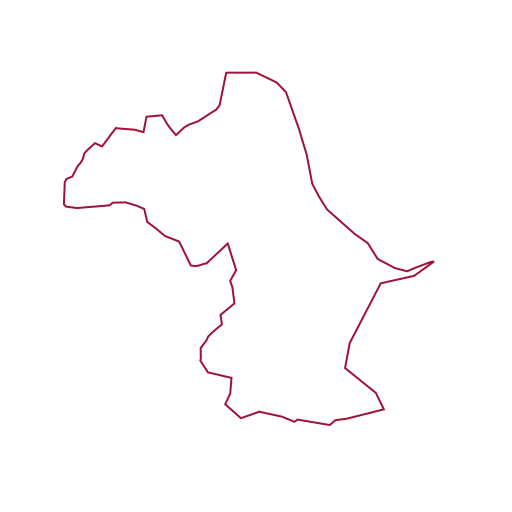 Uruan, Akwa Ibom, Nigeria, rotated 343°
{"feature_id": "59680162B72404517830917", "entity_name": "Uruan", "entity_type": "district", "adm_level": 2, "iso_a3": "NGA", "parent_name": "Nigeria", "parent_adm1": "Akwa Ibom", "projection": "orthographic", "projection_center": [8.031, 5.008], "detail": "fine", "context": "isolated", "style": "outline", "palette": "rose", "viewbox_px": 512, "rotation_deg": 343, "n_neighbors": 0, "source": "geoboundaries", "source_scale": "gbopen_adm2", "svg_char_len": 1375}
<svg xmlns="http://www.w3.org/2000/svg" viewBox="0 0 512 512"><g transform="rotate(343 256 256)"><path d="M172.2,339.8L176.1,353.4L176.8,353.7L196.9,365.4L191.2,379.9L183.2,388.8L194.2,406.7L213.2,405.9L213.3,405.7L234.1,417.4L244.3,425.8L247.9,424.6L258.3,429.8L277.1,439.2L284.0,436.2L294.7,438.1L333.4,440.0L330.6,422.0L308.4,389.2L320.2,366.6L367.3,318.6L401.5,321.2L424.6,313.3L421.5,312.8L405.8,313.8L405.4,313.8L405.2,313.8L396.0,314.8L385.2,308.1L371.5,294.4L366.6,276.3L356.7,263.6L337.5,232.2L333.7,217.9L330.9,203.5L334.1,174.0L334.2,146.8L333.4,127.3L333.3,125.8L332.6,108.2L326.5,96.1L309.8,80.7L281.1,72.0L265.3,101.1L260.8,104.4L253.3,106.4L247.1,108.3L239.5,110.3L229.9,110.8L224.8,112.1L214.8,117.0L211.4,109.0L209.6,103.7L207.4,94.0L192.0,90.8L184.6,104.7L177.0,99.8L160.5,93.3L159.7,92.6L153.4,96.9L150.0,99.5L140.8,106.2L135.0,101.0L126.3,105.1L121.9,107.6L118.7,112.7L115.6,115.5L111.8,117.9L103.5,126.3L97.3,126.9L94.7,129.5L87.4,150.5L88.9,153.3L98.8,157.8L130.6,164.7L134.8,163.2L147.0,166.6L156.6,173.0L162.9,178.4L161.9,191.5L168.0,199.9L174.8,210.3L186.7,219.7L190.9,246.0L195.0,247.9L198.4,248.4L205.2,248.3L206.3,248.7L232.6,235.8L232.9,263.7L224.0,272.3L224.3,279.0L221.6,294.4L221.5,295.0L204.8,302.0L203.4,311.4L192.2,316.1L186.8,319.0L184.0,322.1L176.2,327.8L173.3,337.8L172.2,339.8Z" fill="none" stroke="#9f1239" stroke-width="2"/></g></svg>